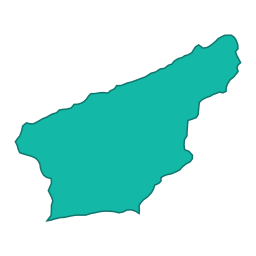 Lambari, Minas Gerais, Brazil
{"feature_id": "56859067B8762583410753", "entity_name": "Lambari", "entity_type": "district", "adm_level": 2, "iso_a3": "BRA", "parent_name": "Brazil", "parent_adm1": "Minas Gerais", "projection": "albers", "projection_center": [-45.372, -21.995], "detail": "fine", "context": "isolated", "style": "filled", "palette": "teal", "viewbox_px": 256, "rotation_deg": 0, "n_neighbors": 0, "source": "geoboundaries", "source_scale": "gbopen_adm2", "svg_char_len": 2087}
<svg xmlns="http://www.w3.org/2000/svg" viewBox="0 0 256 256"><path d="M160.1,69.0L155.6,72.0L150.9,73.3L148.1,75.2L145.1,77.0L140.9,78.5L135.9,80.4L131.6,82.0L127.7,82.9L124.6,84.1L120.9,85.6L116.6,85.6L114.6,88.7L110.2,90.9L107.9,93.1L104.4,92.6L100.4,92.7L94.8,93.6L90.9,93.7L88.6,96.0L86.6,99.0L84.1,101.5L81.4,103.1L78.1,104.2L74.0,104.4L71.3,107.9L66.9,109.1L62.9,109.4L59.3,110.0L56.5,112.8L52.3,114.0L49.0,115.8L46.2,117.4L43.1,118.5L39.6,120.5L36.1,122.5L32.9,123.9L29.7,123.7L26.3,122.9L22.7,126.0L21.6,131.1L19.9,135.8L17.5,138.7L15.4,141.7L17.2,145.4L18.2,149.1L19.8,152.7L24.2,154.2L28.3,155.3L32.4,156.6L35.5,158.1L38.3,160.8L40.0,164.4L40.5,168.2L41.6,171.6L43.5,175.0L46.4,177.3L51.1,178.5L51.5,183.0L49.8,187.2L48.3,190.6L49.7,193.4L51.6,197.1L52.8,201.0L51.4,205.4L51.4,210.2L51.1,215.4L47.0,220.8L51.1,220.1L54.0,219.1L57.1,218.4L60.1,217.6L63.9,217.4L66.7,216.9L71.0,215.9L76.4,215.1L81.9,215.1L85.8,215.1L88.8,214.1L91.7,213.3L94.7,212.8L98.1,212.0L101.0,211.5L104.8,211.1L109.4,211.2L114.1,211.6L118.8,212.8L123.3,211.9L127.2,209.9L131.7,209.9L136.1,211.5L139.1,213.5L139.4,209.8L139.0,206.1L140.3,203.3L143.3,199.9L147.9,196.5L151.5,192.6L153.5,189.0L154.8,185.1L158.8,183.3L161.0,181.1L161.0,177.6L163.8,175.9L167.0,174.7L171.0,173.9L174.1,172.6L176.9,171.4L179.8,169.8L182.3,167.0L185.6,164.2L190.2,161.7L192.4,158.6L192.4,155.1L189.0,151.4L184.6,149.7L184.0,144.6L184.5,139.5L187.0,135.8L187.0,131.6L187.5,125.7L187.9,120.5L192.5,119.0L196.4,117.5L198.2,114.3L198.7,108.1L199.3,102.4L202.1,99.7L205.9,97.7L210.2,96.2L212.7,94.7L215.7,93.6L219.4,92.1L223.0,92.8L226.1,91.3L226.1,88.2L227.3,84.3L230.0,79.9L233.7,77.0L235.9,74.2L238.1,71.6L237.0,67.6L238.1,64.8L240.6,62.7L238.9,59.4L236.7,55.3L235.5,51.5L238.0,48.8L237.7,44.6L236.0,39.9L234.1,37.2L231.2,35.2L228.0,35.2L224.4,35.4L220.9,37.2L218.2,38.6L216.1,40.9L212.9,43.7L209.8,46.0L206.8,47.6L202.9,48.1L198.7,44.9L195.5,46.9L193.5,49.9L191.9,52.6L188.1,54.9L184.6,55.8L182.2,57.5L178.1,58.7L174.2,61.1L171.9,64.1L168.3,65.3L164.6,68.3L160.1,69.0Z" fill="#14b8a6" stroke="#0f766e" stroke-width="1.5"/></svg>